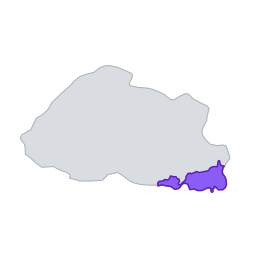 Samdrup Jongkhar on a map of Bhutan (Robinson projection), rotated 8°
{"feature_id": "BTN-2492", "entity_name": "Samdrup Jongkhar", "entity_type": "District", "adm_level": 1, "iso_a3": "BTN", "parent_name": "Bhutan", "parent_adm1": "", "projection": "robinson", "projection_center": [91.574, 27.008], "detail": "fine", "context": "in_parent", "style": "filled", "palette": "violet", "viewbox_px": 256, "rotation_deg": 8, "n_neighbors": 0, "source": "natural_earth", "source_scale": "10m", "svg_char_len": 3022}
<svg xmlns="http://www.w3.org/2000/svg" viewBox="0 0 256 256"><g transform="rotate(8 128 128)"><path d="M204.9,109.3L204.5,111.0L202.7,115.4L201.6,120.3L202.6,124.2L206.5,128.9L211.9,132.7L218.7,133.0L225.0,131.5L227.5,132.1L230.9,138.4L233.3,143.9L230.1,149.5L228.3,154.5L227.6,158.0L228.0,159.5L230.1,162.3L232.4,167.2L232.7,171.6L231.3,174.6L228.0,176.0L224.6,175.6L221.7,175.7L218.2,176.2L212.6,177.8L207.4,179.9L197.7,179.5L193.8,175.2L192.0,175.1L183.1,180.8L173.5,179.8L155.9,181.7L148.6,182.2L141.1,181.5L137.3,180.3L130.2,176.3L123.8,173.4L117.3,176.1L115.0,176.6L109.7,183.4L98.4,185.7L87.0,187.3L83.7,186.4L77.3,186.0L77.1,184.4L77.3,182.9L75.9,181.6L73.3,180.4L68.8,179.8L63.1,178.1L59.9,176.5L48.2,178.9L41.5,175.3L33.9,170.3L30.0,168.2L28.6,160.5L27.3,158.0L24.3,155.4L22.6,152.4L24.0,149.3L31.7,143.4L32.3,142.0L35.9,131.1L40.8,127.2L45.7,121.6L49.4,112.9L56.5,103.9L64.3,94.7L69.7,87.2L73.2,83.7L80.5,79.9L86.6,77.7L90.9,72.7L96.0,69.9L101.2,68.7L108.9,69.3L116.2,71.1L124.2,73.6L125.2,75.6L124.5,79.2L123.3,82.8L123.3,84.7L124.5,85.7L132.3,86.4L141.9,85.8L147.3,86.3L159.3,89.6L162.8,92.0L166.5,93.8L170.0,93.5L174.6,89.6L179.4,86.3L182.3,85.8L184.5,86.9L188.3,90.0L196.2,92.9L203.2,95.2L205.5,97.3L204.7,106.3L204.9,109.3Z" fill="#d9dde1" stroke="#a8b0b8" stroke-width="1"/><path d="M233.2,171.1L232.7,173.6L230.4,176.0L226.5,176.7L225.4,176.1L223.4,174.3L222.3,173.8L221.4,174.1L221.5,175.1L221.5,176.1L220.2,176.8L220.9,177.8L221.0,179.0L220.5,179.9L219.5,179.7L218.8,178.7L218.6,177.5L218.3,176.4L217.1,175.8L215.2,176.1L211.2,178.9L209.3,179.8L206.3,180.2L205.3,180.2L202.5,179.3L201.4,179.3L199.1,180.2L197.9,180.3L197.1,179.5L195.6,176.2L195.0,175.3L194.1,175.0L191.6,174.8L190.7,175.0L189.6,175.8L188.9,176.9L188.4,178.3L187.7,179.6L186.8,180.5L185.9,181.2L184.8,181.7L183.8,182.0L182.5,182.0L181.6,181.6L179.7,180.4L177.5,179.9L173.1,180.0L170.8,179.7L169.0,179.8L165.9,181.2L165.1,179.1L165.1,178.8L165.1,178.5L165.3,178.0L165.4,177.6L165.7,177.0L166.2,176.7L166.5,176.4L169.3,175.8L170.1,175.3L170.5,175.4L171.2,174.0L174.2,173.9L175.3,173.4L176.0,172.3L176.7,169.6L177.5,169.7L179.3,169.9L181.8,169.6L182.4,169.7L182.7,169.9L183.1,170.6L183.6,171.0L184.2,171.4L185.6,171.5L186.4,173.3L186.4,173.6L186.3,174.0L186.1,174.3L185.5,176.5L187.3,177.2L188.1,176.8L188.7,175.5L189.3,174.8L189.8,174.3L190.5,173.6L191.3,172.6L192.2,171.0L192.4,170.4L192.4,170.0L192.2,169.0L192.2,168.2L192.4,167.7L193.5,165.5L193.6,164.8L196.0,164.0L196.9,164.6L197.0,164.6L202.0,161.6L204.9,162.2L213.4,159.1L214.8,156.4L216.1,155.2L219.0,154.2L220.7,153.9L221.6,154.0L221.7,153.9L221.8,153.6L221.9,151.2L221.8,149.9L221.9,148.7L222.2,147.9L222.5,147.6L222.8,147.6L223.1,147.8L223.3,148.0L223.5,148.4L223.8,149.6L224.0,150.0L224.3,150.7L224.4,151.1L224.6,151.4L224.9,151.7L225.4,152.0L225.9,152.1L226.5,152.2L228.3,152.3L228.5,152.4L228.3,152.6L227.8,153.7L227.5,155.0L227.3,156.3L227.3,157.7L228.1,160.1L231.2,163.4L232.3,165.7L233.4,170.0L233.2,171.1Z" fill="#8b5cf6" stroke="#5b21b6" stroke-width="1.5"/></g></svg>